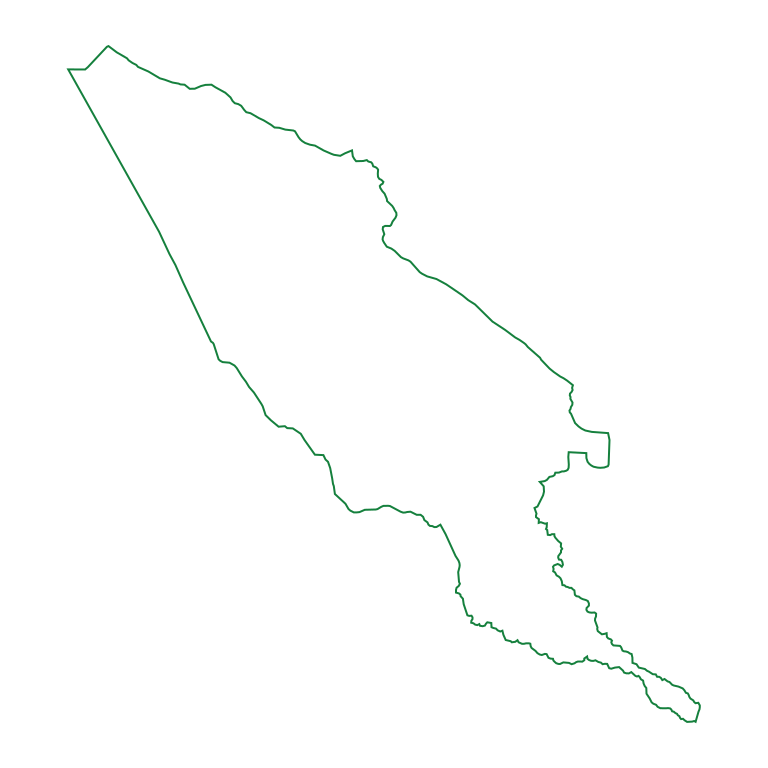 outline of Tigania West, Eastern, Kenya
{"feature_id": "3690345B31280493599010", "entity_name": "Tigania West", "entity_type": "district", "adm_level": 2, "iso_a3": "KEN", "parent_name": "Kenya", "parent_adm1": "Eastern", "projection": "mercator", "projection_center": [37.77, 0.171], "detail": "fine", "context": "isolated", "style": "outline", "palette": "green", "viewbox_px": 768, "rotation_deg": 0, "n_neighbors": 0, "source": "geoboundaries", "source_scale": "gbopen_adm2", "svg_char_len": 6086}
<svg xmlns="http://www.w3.org/2000/svg" viewBox="0 0 768 768"><path d="M270.8,420.2L278.6,426.7L284.9,426.2L287.2,428.1L292.8,428.4L300.8,433.8L304.5,440.0L314.9,454.7L323.4,455.1L325.5,459.5L328.0,461.8L330.2,468.1L332.2,478.5L333.0,483.9L333.8,486.1L334.9,494.0L345.5,503.8L348.5,509.0L350.3,510.6L353.8,512.4L356.7,512.4L359.5,512.1L364.8,509.8L375.7,509.5L377.5,509.1L381.3,506.8L383.4,505.9L388.1,505.8L389.9,506.0L400.6,511.7L403.1,512.6L405.2,512.5L407.2,512.0L410.5,511.7L416.7,514.8L420.6,514.8L423.1,516.8L424.4,520.1L427.5,522.4L428.4,524.6L429.9,525.9L432.4,526.1L434.3,527.1L436.5,527.0L440.4,524.7L445.6,534.2L455.5,555.9L458.5,560.6L459.4,563.0L459.7,565.2L459.5,567.0L458.2,572.1L459.0,581.8L459.9,583.8L458.7,586.0L456.6,587.7L456.0,589.9L456.0,592.6L458.9,593.4L460.4,594.6L460.6,596.2L462.9,598.7L463.7,604.2L467.4,615.3L469.2,615.9L471.5,615.7L472.5,617.3L472.5,619.1L471.4,620.7L471.2,622.7L473.5,623.3L475.1,624.6L477.3,625.1L479.3,624.1L480.0,625.8L482.7,626.2L484.9,625.6L486.0,623.7L487.3,622.3L491.3,623.0L491.5,627.2L493.4,628.0L496.0,628.6L497.6,630.3L500.2,631.5L502.4,630.7L503.4,634.8L505.7,640.0L510.7,641.2L511.8,642.3L515.3,641.8L517.5,640.2L518.6,642.3L522.0,643.8L524.0,643.8L526.2,643.3L528.9,643.3L530.3,643.7L530.7,646.3L531.6,648.0L535.5,650.9L537.4,653.1L539.7,654.5L541.8,655.0L544.9,653.9L546.6,654.1L548.5,657.8L550.5,658.6L553.0,658.8L553.4,660.5L554.6,661.8L556.2,663.2L558.3,663.9L560.0,664.0L563.3,662.4L569.0,662.9L571.6,664.2L574.5,663.3L576.2,662.1L578.0,661.5L582.4,661.6L584.3,660.2L584.3,658.5L587.1,656.5L587.5,658.8L589.0,660.0L591.1,660.8L593.3,660.9L595.5,660.3L598.4,662.0L600.9,662.6L602.6,664.2L604.9,663.8L607.2,663.9L609.2,668.2L611.3,668.7L614.9,667.6L619.1,667.1L623.0,670.6L624.1,672.6L626.3,673.3L628.9,673.4L631.3,672.1L635.4,675.9L637.0,676.5L638.5,675.9L639.7,677.1L640.9,679.3L643.1,680.6L643.6,683.5L644.7,686.0L646.3,688.0L646.5,693.7L649.7,698.5L651.6,702.3L653.3,703.7L656.1,704.8L657.6,706.8L660.3,708.2L665.8,708.3L668.0,708.1L670.1,708.4L671.3,709.5L672.1,711.3L673.8,711.7L675.4,713.1L677.0,713.8L677.8,715.2L679.4,716.2L680.0,717.8L681.1,719.1L683.0,718.8L684.6,720.3L687.1,721.9L692.2,721.6L694.2,721.0L695.6,721.8L698.5,711.7L699.5,709.3L699.8,707.2L699.8,705.4L698.3,702.8L695.5,703.2L694.1,701.9L693.3,700.4L690.5,698.6L689.4,697.0L688.6,694.8L687.8,693.4L685.9,692.8L684.4,690.3L682.7,688.4L678.5,686.6L673.8,685.5L672.2,684.8L669.5,682.0L667.6,681.4L664.5,679.0L662.3,680.1L660.8,677.8L659.1,676.8L657.1,676.8L655.8,674.4L652.8,674.2L648.7,671.5L647.2,670.9L644.9,669.0L638.8,667.6L636.5,664.2L632.5,662.9L632.4,657.6L631.6,654.0L630.1,653.6L627.9,652.1L625.9,651.5L623.9,651.3L622.5,650.6L621.1,647.2L620.0,645.9L613.4,645.4L611.9,643.9L611.3,642.2L612.0,640.7L610.9,639.4L608.2,638.4L606.9,636.9L606.6,633.2L604.4,633.9L601.9,634.3L597.8,631.1L597.2,629.0L597.5,627.4L595.0,620.5L595.1,618.6L596.0,616.4L596.1,613.6L594.6,612.5L591.6,612.7L589.3,612.4L587.5,611.6L586.4,609.8L586.6,608.0L588.9,605.6L588.9,603.4L587.8,601.0L585.8,600.0L582.6,599.1L580.6,598.1L578.8,596.6L576.4,596.2L574.9,594.8L574.4,590.4L572.7,589.2L571.5,587.9L569.5,587.9L567.7,587.0L566.0,586.7L564.5,585.3L562.4,585.1L561.8,581.2L560.5,578.3L558.9,576.7L556.6,575.4L555.0,572.4L553.2,571.3L553.6,568.9L553.0,566.8L554.1,565.4L557.7,564.0L559.7,564.9L561.8,566.7L562.9,564.8L562.4,562.0L561.2,559.8L559.0,559.6L558.2,557.7L558.3,556.1L561.0,552.4L561.0,550.4L562.2,548.8L560.8,546.7L561.1,543.4L558.2,541.0L555.5,537.9L554.5,536.3L554.3,534.2L551.9,534.2L550.2,535.1L547.8,534.8L547.2,530.0L546.0,529.0L546.7,527.3L546.9,523.3L545.1,523.7L540.8,522.2L538.7,522.9L538.9,519.2L536.0,517.1L536.0,515.4L536.5,513.7L534.5,508.0L537.5,506.5L543.1,495.3L544.0,491.6L543.7,486.3L539.8,481.9L544.7,481.1L546.9,479.9L549.4,476.9L552.8,476.2L554.5,475.1L555.3,472.7L558.9,472.6L562.0,471.4L563.9,471.4L566.3,470.7L567.7,469.8L568.6,467.9L568.8,464.6L568.3,457.0L568.7,452.2L586.3,453.1L586.4,458.1L587.6,461.8L589.3,463.9L591.3,465.5L593.5,466.7L597.6,467.6L600.3,467.8L604.2,467.5L607.9,466.2L608.6,464.6L609.5,440.0L608.1,433.1L591.8,431.9L585.3,430.5L581.5,428.6L578.5,426.4L575.1,423.1L571.0,413.7L569.8,412.4L569.5,410.5L570.5,409.0L570.9,407.1L572.3,404.8L572.5,402.5L570.4,398.9L570.5,397.0L569.8,395.4L570.0,393.6L571.6,391.9L572.6,390.0L572.1,387.9L572.9,385.2L567.1,380.6L563.5,378.2L560.2,376.5L553.9,372.1L549.5,368.5L541.1,359.7L540.1,357.8L527.9,347.1L525.6,344.3L524.0,343.0L519.5,339.9L515.1,337.4L505.1,329.9L492.5,321.6L475.0,304.4L468.3,300.2L462.5,295.4L446.2,284.3L436.4,279.0L427.2,276.4L422.0,273.7L419.7,272.1L410.5,261.7L408.5,260.4L403.2,258.4L400.9,257.1L394.7,250.9L391.4,248.6L386.8,246.7L384.2,242.9L383.1,240.9L382.6,239.4L382.9,237.1L384.3,234.2L382.7,229.3L383.0,227.0L385.2,225.9L389.9,226.0L391.1,225.0L392.6,221.5L395.5,217.7L396.5,215.2L396.3,212.8L394.7,210.3L393.6,208.0L392.2,205.9L387.1,201.1L386.8,198.9L384.6,193.7L382.3,191.1L380.3,188.0L379.8,186.0L380.9,184.7L382.6,183.7L383.4,181.9L381.4,179.9L379.2,178.8L378.0,176.8L377.8,173.7L378.1,169.7L377.2,168.4L375.8,167.3L373.2,166.3L372.3,163.6L371.2,162.3L368.3,161.5L366.8,160.1L363.2,161.0L356.1,161.2L354.4,159.1L352.8,156.3L352.0,150.4L345.0,153.3L340.3,155.8L333.9,154.8L331.5,153.9L323.7,150.5L315.0,145.6L310.0,144.7L305.2,143.0L302.2,141.1L300.3,139.4L298.5,137.1L295.0,131.3L293.3,130.5L285.3,129.6L279.3,127.8L274.5,127.5L271.3,125.0L263.6,120.3L258.9,118.1L250.5,113.2L246.3,112.2L244.2,109.9L241.2,105.8L238.3,104.1L234.8,103.2L232.6,101.0L230.5,97.4L225.4,92.8L215.3,87.2L211.5,84.7L205.5,84.9L201.1,86.0L194.8,88.7L189.7,88.8L184.6,84.7L180.4,84.4L178.6,83.6L172.4,82.5L164.7,79.7L159.8,78.3L148.4,71.5L138.0,66.9L136.3,64.9L132.5,63.0L128.6,60.3L127.0,58.3L116.7,52.3L108.5,46.1L106.9,46.8L87.8,67.2L85.1,69.5L68.2,69.4L159.1,231.8L169.5,254.1L175.4,265.0L183.2,282.6L211.0,341.5L212.9,342.8L213.7,344.1L218.6,359.3L220.2,360.8L222.6,362.1L229.5,362.7L234.5,365.5L236.7,368.0L241.9,376.4L245.9,381.7L249.1,387.0L253.9,392.5L261.3,403.8L262.7,406.3L265.6,415.1L270.8,420.2Z" fill="none" stroke="#15803d" stroke-width="2"/></svg>